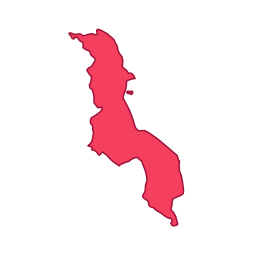 map outline of Malawi (Mercator projection), rotated 347°
{"feature_id": "MWI", "entity_name": "Malawi", "entity_type": "country or territory", "adm_level": 0, "iso_a3": "MWI", "parent_name": "Africa", "parent_adm1": "", "projection": "mercator", "projection_center": [34.097, -13.263], "detail": "fine", "context": "isolated", "style": "filled", "palette": "rose", "viewbox_px": 256, "rotation_deg": 347, "n_neighbors": 0, "source": "natural_earth", "source_scale": "50m", "svg_char_len": 2943}
<svg xmlns="http://www.w3.org/2000/svg" viewBox="0 0 256 256"><g transform="rotate(347 128 128)"><path d="M99.3,147.7L97.9,145.7L96.7,146.2L95.1,147.6L94.2,148.0L93.7,147.9L93.4,147.6L93.1,146.7L91.8,144.1L90.4,142.3L88.9,141.6L87.7,140.8L88.2,140.0L88.8,139.4L88.6,138.8L87.9,137.9L85.2,136.6L85.2,136.1L87.5,135.0L89.0,133.7L90.0,132.5L91.3,129.7L92.3,127.0L93.1,126.1L93.3,124.3L93.2,122.3L93.7,119.7L93.9,117.2L93.2,116.3L92.5,114.6L93.3,111.8L94.5,109.9L100.4,107.9L104.5,106.1L105.4,105.3L106.8,103.7L107.6,102.2L107.0,101.8L103.8,101.7L103.0,101.1L100.6,95.8L101.9,89.7L102.0,87.3L102.0,84.4L101.6,82.2L100.6,81.3L100.0,80.1L100.1,76.9L101.1,76.6L103.1,72.4L104.0,69.9L102.9,67.9L101.7,65.1L101.2,63.3L100.9,62.7L101.7,61.6L103.1,60.6L104.7,60.3L106.3,59.8L111.5,54.5L111.5,53.5L110.6,51.8L108.7,49.2L108.2,48.1L108.0,44.9L107.2,44.0L104.4,41.9L102.2,39.6L102.9,37.4L103.3,34.9L102.2,33.5L100.6,32.1L99.6,30.0L99.1,28.5L97.9,27.9L96.7,27.9L95.9,28.8L94.9,28.8L93.8,28.4L93.5,27.1L93.4,25.7L92.6,24.7L91.9,23.3L91.8,22.6L92.3,22.4L93.2,22.3L97.4,25.0L99.9,25.1L102.7,25.6L105.1,28.0L106.4,28.3L108.0,28.0L112.5,27.8L114.3,28.1L116.6,29.5L117.6,29.7L119.0,29.8L119.3,29.4L119.4,28.5L119.2,26.9L119.5,26.0L120.4,25.0L122.9,26.1L129.0,31.4L129.2,32.0L133.2,37.2L134.4,39.4L134.4,40.6L135.7,45.1L135.9,47.2L135.7,48.9L135.7,50.1L136.2,52.0L136.0,52.8L137.4,55.5L138.1,57.8L138.2,60.0L137.9,62.2L136.6,65.4L136.4,66.6L136.7,67.8L137.5,69.1L138.8,70.4L139.8,72.1L140.5,74.0L141.1,74.9L141.8,74.9L143.1,75.2L144.2,76.3L145.4,78.2L145.8,80.4L146.0,81.3L142.5,81.2L138.0,81.6L137.0,82.4L136.6,84.3L135.2,88.2L134.5,89.7L132.8,92.3L130.5,96.0L130.0,97.2L130.1,98.5L131.5,103.5L132.9,108.8L133.4,110.9L134.4,118.0L134.9,122.9L135.0,125.9L135.5,129.8L136.8,131.9L138.1,133.3L143.1,134.1L144.6,135.0L147.5,137.6L153.7,144.5L157.1,148.9L160.1,152.8L165.4,160.1L169.6,165.7L170.1,171.0L170.8,171.8L169.4,175.7L168.5,182.1L169.2,186.3L168.9,193.5L168.1,201.2L167.2,204.0L165.9,205.0L163.0,205.8L156.6,206.8L155.7,207.7L154.8,209.2L153.5,212.7L152.0,216.3L151.5,217.9L151.8,218.2L153.2,220.1L154.6,224.7L154.8,232.8L154.3,233.4L152.4,233.7L150.4,233.6L149.6,233.2L148.8,232.3L148.3,230.5L149.6,229.3L150.1,227.3L149.2,225.5L147.5,225.1L145.3,223.4L140.7,218.1L136.8,214.3L134.6,211.2L132.2,209.9L131.6,209.2L131.0,207.9L131.0,206.0L131.2,204.6L130.5,203.0L128.2,200.6L127.1,199.2L127.1,197.6L128.0,196.1L130.0,194.2L131.5,190.4L132.1,187.9L134.9,183.0L135.3,178.6L135.3,175.2L135.2,172.6L134.4,167.4L133.9,163.7L130.5,159.0L129.4,158.5L126.1,158.9L123.2,159.6L121.8,160.6L119.7,160.7L114.2,161.5L112.4,161.9L111.4,162.7L110.9,162.9L107.4,159.2L104.3,155.2L100.4,148.5L99.3,147.7ZM139.6,95.8L138.7,96.0L138.1,95.5L138.3,94.0L138.6,93.0L139.5,92.8L140.2,93.1L140.6,93.6L140.6,94.4L140.3,95.2L139.6,95.8ZM137.6,93.1L137.0,94.6L135.9,94.5L134.9,93.3L135.2,92.3L136.2,92.0L137.1,92.3L137.6,93.1Z" fill="#f43f5e" stroke="#9f1239" stroke-width="1.5"/></g></svg>